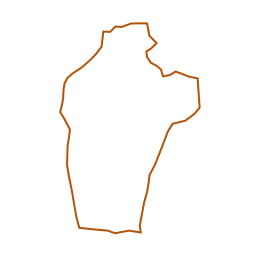 Itapissuma, Pernambuco, Brazil, rotated 6°
{"feature_id": "56859067B55020362717287", "entity_name": "Itapissuma", "entity_type": "district", "adm_level": 2, "iso_a3": "BRA", "parent_name": "Brazil", "parent_adm1": "Pernambuco", "projection": "orthographic", "projection_center": [-34.907, -7.746], "detail": "fine", "context": "isolated", "style": "outline", "palette": "amber", "viewbox_px": 256, "rotation_deg": 6, "n_neighbors": 0, "source": "geoboundaries", "source_scale": "gbopen_adm2", "svg_char_len": 831}
<svg xmlns="http://www.w3.org/2000/svg" viewBox="0 0 256 256"><g transform="rotate(6 128 128)"><path d="M93.4,34.7L93.2,49.8L88.3,58.0L83.0,64.7L76.0,72.3L67.4,79.4L62.8,84.2L60.2,90.2L59.9,97.2L60.4,105.3L59.9,111.8L58.9,119.3L63.7,125.5L70.4,135.5L70.3,142.3L69.8,151.8L71.2,171.0L74.2,181.9L78.7,196.2L85.7,221.1L90.0,232.4L104.2,232.4L118.7,232.2L126.1,234.0L139.5,230.0L151.6,230.5L149.9,223.8L151.8,200.5L153.7,189.4L154.3,178.1L154.3,172.6L158.6,161.9L163.6,144.0L167.9,127.5L172.0,119.1L184.1,114.8L192.9,106.7L197.1,100.2L192.1,71.4L182.4,70.4L176.8,68.7L169.4,66.9L164.1,70.9L157.5,73.0L154.6,66.3L149.9,63.1L143.8,60.6L139.6,55.5L138.2,50.0L142.8,46.4L147.6,40.6L139.5,33.9L137.6,27.1L136.0,22.0L126.6,22.9L120.0,23.8L111.2,28.2L104.9,28.4L100.1,34.3L93.4,34.7Z" fill="none" stroke="#b45309" stroke-width="2"/></g></svg>